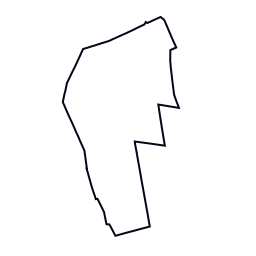 Mihailesti, Buzau, Romania, rotated 81°
{"feature_id": "2599482B24828707257018", "entity_name": "Mihailesti", "entity_type": "district", "adm_level": 2, "iso_a3": "ROU", "parent_name": "Romania", "parent_adm1": "Buzau", "projection": "natural_earth1", "projection_center": [26.667, 44.925], "detail": "fine", "context": "isolated", "style": "outline", "palette": "ink", "viewbox_px": 256, "rotation_deg": 81, "n_neighbors": 0, "source": "geoboundaries", "source_scale": "gbopen_adm2", "svg_char_len": 2563}
<svg xmlns="http://www.w3.org/2000/svg" viewBox="0 0 256 256"><g transform="rotate(81 128 128)"><path d="M161.4,175.3L162.4,175.1L162.6,175.1L163.9,175.0L165.7,174.7L168.7,174.4L173.5,173.8L178.8,173.2L181.3,172.9L185.6,172.2L189.3,171.5L189.9,171.4L193.2,170.9L193.2,169.2L207.3,164.8L211.1,164.7L219.7,164.3L220.3,161.5L222.7,160.6L224.8,159.9L228.3,158.7L232.5,157.3L232.5,157.1L231.7,150.3L231.1,145.2L230.6,139.7L230.1,135.2L229.4,128.6L229.1,125.2L228.7,122.3L228.7,121.9L221.2,122.0L213.7,122.1L210.1,122.2L195.7,122.5L182.5,122.8L168.3,123.0L167.9,123.0L165.3,123.1L153.3,123.3L153.0,123.3L153.0,123.2L152.0,123.3L149.2,123.4L146.4,123.5L143.9,123.5L142.4,123.4L144.4,116.9L144.8,115.3L145.6,112.9L145.9,111.7L146.4,110.1L147.0,108.1L148.5,103.2L149.6,99.6L149.8,98.9L150.4,97.1L150.7,96.1L151.0,94.8L151.2,94.4L150.3,94.4L131.5,94.5L127.7,94.5L123.8,94.5L122.3,94.5L109.6,94.4L110.3,92.1L112.7,84.9L116.1,74.6L112.6,75.2L110.8,75.7L104.9,76.8L103.8,77.0L101.7,77.3L100.6,77.2L87.6,76.8L78.3,76.4L77.6,76.4L75.3,76.3L70.5,75.9L69.1,75.9L67.8,75.7L57.7,74.0L57.6,73.5L57.4,72.9L57.2,72.5L57.0,72.0L57.0,71.6L57.1,70.9L56.7,70.6L56.6,70.2L56.4,69.4L56.5,69.0L56.5,68.6L56.3,68.2L55.9,67.7L55.6,67.8L55.3,67.9L55.0,68.0L54.6,68.1L54.4,68.2L50.8,69.2L49.7,69.5L49.3,69.6L48.9,69.8L48.7,69.8L47.9,70.0L47.0,70.2L45.7,70.6L45.2,70.7L44.2,71.0L43.1,71.2L42.9,71.3L42.3,71.4L41.1,71.7L40.8,71.8L40.1,72.0L39.9,72.0L38.8,72.3L37.6,72.6L36.4,72.9L36.0,73.0L33.6,73.6L31.6,74.1L31.4,74.2L30.6,74.4L29.7,74.6L29.0,74.8L28.5,74.9L27.0,75.3L24.7,77.3L23.5,78.4L23.7,79.4L23.8,80.0L24.1,80.6L24.3,81.6L24.6,82.6L25.1,84.6L25.9,87.5L26.1,87.9L26.2,88.3L26.5,89.3L27.3,92.4L27.2,92.7L26.1,93.8L26.3,94.0L28.1,95.5L28.3,95.6L28.3,95.8L28.6,96.6L28.8,97.6L29.1,98.3L29.4,99.5L29.5,99.7L30.4,102.9L31.4,106.0L31.7,106.9L32.9,110.9L34.1,115.1L34.3,115.6L34.8,117.9L34.8,118.0L35.0,118.6L36.8,125.1L37.2,126.5L37.7,128.5L38.9,132.5L39.3,134.9L39.4,135.6L40.1,140.6L40.2,141.1L41.0,146.3L41.4,148.6L41.4,149.1L41.7,151.2L42.1,153.9L42.3,155.0L42.4,155.9L42.5,156.7L42.6,157.2L42.7,158.5L42.9,159.7L42.9,159.9L43.0,160.0L44.9,161.3L45.0,161.4L48.4,163.6L50.5,165.0L53.8,167.2L56.7,169.1L66.0,175.7L70.5,178.8L71.1,179.2L72.3,180.0L73.9,181.2L77.1,182.4L77.5,182.5L78.5,182.9L81.8,184.2L85.1,185.7L87.1,186.4L92.1,188.3L93.9,187.9L95.6,187.4L98.5,186.7L106.5,184.6L115.2,182.1L120.2,180.8L123.5,180.0L129.7,178.2L132.5,177.6L136.4,176.5L143.5,174.6L144.6,174.6L158.4,174.9L159.8,174.9L160.7,175.0L161.4,174.9L161.4,175.3Z" fill="none" stroke="#020617" stroke-width="2"/></g></svg>